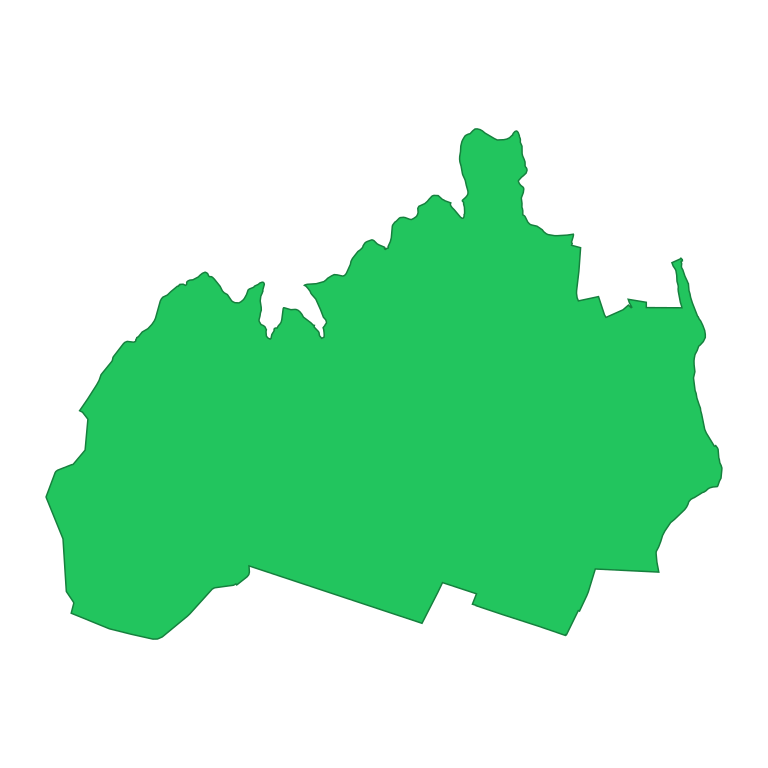 outline of Tuzla, Constanta, Romania
{"feature_id": "2599482B16901594770038", "entity_name": "Tuzla", "entity_type": "district", "adm_level": 2, "iso_a3": "ROU", "parent_name": "Romania", "parent_adm1": "Constanta", "projection": "natural_earth1", "projection_center": [28.608, 44.001], "detail": "fine", "context": "isolated", "style": "filled", "palette": "green", "viewbox_px": 768, "rotation_deg": 0, "n_neighbors": 0, "source": "geoboundaries", "source_scale": "gbopen_adm2", "svg_char_len": 6088}
<svg xmlns="http://www.w3.org/2000/svg" viewBox="0 0 768 768"><path d="M658.8,572.1L656.9,562.1L656.1,553.4L656.2,551.6L658.7,546.8L660.8,541.3L662.6,535.4L664.9,531.0L670.6,522.6L674.8,519.1L684.7,509.6L686.5,507.2L687.9,504.5L688.8,501.7L690.8,499.4L692.8,498.2L694.3,497.6L702.5,492.5L703.9,492.1L706.1,490.7L707.7,489.1L709.6,487.9L712.9,487.0L717.2,486.6L717.8,485.9L719.5,481.0L721.0,478.2L721.8,470.1L721.9,468.0L721.1,465.4L719.8,462.7L719.3,459.4L718.8,457.9L718.1,449.4L717.5,448.0L715.7,445.6L715.1,446.1L714.3,446.1L706.3,433.0L704.7,429.3L701.7,414.4L700.7,410.7L700.4,408.1L699.1,404.7L696.9,398.0L696.1,393.3L695.1,390.6L693.5,377.9L694.9,371.7L694.1,364.7L694.0,360.8L694.3,358.2L695.0,354.6L697.2,350.4L698.7,346.2L700.3,344.9L703.3,341.6L705.3,337.5L705.3,334.4L704.7,330.5L702.8,325.4L700.7,321.0L699.1,318.9L698.2,316.8L697.6,316.3L692.4,303.0L690.6,297.3L690.0,294.0L689.0,290.6L688.4,283.6L687.6,282.3L687.5,281.7L684.9,276.1L682.8,269.8L681.7,267.9L681.4,266.4L681.7,263.7L681.1,261.7L681.3,261.2L682.4,260.9L682.3,259.6L680.9,258.2L680.1,259.0L671.9,262.7L673.2,266.1L675.1,268.9L675.9,270.5L676.7,275.2L677.0,281.3L678.1,285.3L678.3,287.0L678.1,289.0L678.3,291.4L680.4,302.4L681.6,306.2L681.9,307.8L646.3,307.6L646.3,302.3L628.2,299.3L629.5,303.0L631.8,307.2L631.1,307.7L628.4,305.1L623.0,309.8L606.0,317.4L604.5,314.9L598.5,296.6L578.4,300.9L577.1,297.7L576.5,293.2L576.6,290.6L578.9,271.1L580.6,247.7L571.6,245.3L572.2,243.4L571.5,242.2L573.0,237.2L573.5,234.8L573.3,234.2L567.2,235.1L557.1,235.7L554.8,235.7L548.1,234.6L546.3,233.8L543.7,231.7L542.3,229.8L537.0,226.2L531.4,224.9L529.8,224.2L527.8,222.1L525.2,216.8L524.5,215.9L522.8,214.8L522.8,210.8L522.4,208.5L521.9,207.3L522.0,203.5L521.3,198.0L523.3,192.6L523.8,189.0L523.5,187.8L522.9,187.0L520.9,185.5L519.5,183.8L518.7,182.2L518.4,181.4L518.4,180.7L521.4,177.3L523.5,175.6L526.1,173.1L527.0,170.4L526.9,169.1L526.4,167.9L525.5,166.9L525.0,165.4L525.1,164.4L525.0,161.9L524.2,159.5L522.6,155.8L522.1,153.5L522.0,146.2L520.3,142.3L520.4,139.7L520.1,138.2L519.5,137.0L519.3,135.5L518.2,132.6L517.3,131.4L516.3,131.0L515.0,131.5L514.4,132.1L513.4,133.2L512.5,134.8L512.6,135.2L511.6,135.8L509.5,137.8L506.7,139.1L503.8,139.7L497.3,140.0L494.4,138.6L487.8,134.7L485.2,133.2L482.4,130.9L480.1,129.6L477.2,128.9L475.0,129.0L472.7,130.9L470.1,133.7L468.3,134.1L466.2,135.1L465.0,136.0L464.1,137.4L462.8,139.6L461.9,141.6L460.8,146.1L460.5,151.7L459.7,156.5L459.6,159.2L459.9,161.9L461.1,166.2L462.4,173.5L462.7,174.7L465.0,179.7L465.4,181.1L466.3,185.3L467.9,191.0L468.0,192.4L467.9,193.9L467.3,195.3L465.7,197.3L462.5,200.2L462.3,200.9L463.6,202.4L463.6,204.2L464.4,207.0L464.6,211.0L464.6,213.6L464.1,214.5L464.1,216.1L463.7,217.5L463.2,218.1L462.1,218.3L460.5,217.2L454.3,209.8L452.0,207.5L450.6,205.4L450.4,204.2L450.8,202.9L445.0,200.8L443.8,200.0L442.4,199.4L438.2,195.6L433.9,195.4L432.4,195.9L431.4,196.6L430.9,197.4L429.6,198.6L427.4,201.3L424.8,203.6L418.9,206.3L417.8,208.3L418.1,212.5L417.6,214.3L416.8,215.9L416.0,216.8L413.7,218.4L411.6,219.5L410.0,219.4L405.2,217.6L403.5,217.3L400.2,217.6L399.1,218.3L396.3,221.2L394.8,222.2L392.6,225.2L392.3,226.4L391.3,237.8L390.3,241.7L388.1,246.5L388.3,247.8L388.0,248.1L385.7,248.7L386.0,249.0L385.7,249.4L385.1,249.4L384.5,248.7L384.5,248.2L384.8,247.7L384.5,247.2L378.8,244.8L377.1,243.8L374.0,240.7L372.7,240.0L371.6,239.9L367.2,241.5L365.7,242.3L364.8,243.1L363.1,245.8L362.8,247.0L362.3,247.8L360.3,249.8L357.9,251.5L352.5,258.4L351.0,261.3L350.4,264.4L347.0,271.9L346.2,273.6L344.5,275.5L342.8,276.1L337.4,274.9L334.2,274.6L331.5,275.9L327.6,278.3L326.2,279.8L323.9,281.6L316.3,283.7L307.2,284.3L305.0,284.9L304.4,285.3L306.1,286.3L308.1,288.6L310.1,291.3L310.8,293.1L311.7,294.4L315.8,299.1L320.5,309.6L323.4,317.2L325.7,319.8L326.1,320.8L326.4,322.0L326.4,323.3L325.4,324.3L324.8,325.6L323.1,327.7L323.7,329.6L324.1,332.9L324.2,335.5L324.0,337.2L321.7,338.3L319.5,335.7L319.0,332.6L318.4,331.5L314.2,327.1L314.1,326.3L314.4,325.4L313.3,325.2L310.9,322.8L303.4,317.1L301.9,314.3L300.0,311.9L298.4,310.5L296.5,309.6L295.2,309.4L290.9,309.7L284.4,307.8L283.6,307.8L283.2,308.6L281.8,319.6L281.1,322.3L279.6,324.5L278.6,325.4L277.0,328.1L275.7,328.0L274.4,328.5L274.0,330.0L274.3,330.5L271.8,334.5L271.0,338.4L270.2,339.1L268.2,338.2L267.6,337.6L266.4,336.2L266.0,331.8L266.4,329.6L265.7,328.5L265.2,327.1L263.6,325.7L261.0,324.5L259.2,321.4L259.0,319.9L260.0,316.0L260.4,313.1L261.3,310.2L261.2,307.4L260.2,300.9L260.8,296.2L262.4,292.6L262.6,291.6L263.0,291.0L262.7,290.3L264.3,284.5L264.1,283.4L263.6,282.6L262.9,282.2L262.1,282.2L259.7,283.1L258.4,284.3L254.6,286.1L253.6,287.3L249.3,289.0L248.1,290.0L246.5,294.6L244.4,298.4L243.1,300.0L240.8,301.9L238.9,302.9L234.9,302.7L233.0,301.8L231.7,300.9L227.4,294.6L224.2,292.8L222.4,290.9L220.1,286.3L214.4,279.2L212.5,277.3L211.4,276.7L209.4,276.6L208.6,275.8L207.6,273.5L206.2,272.6L205.1,272.2L202.4,273.3L199.8,275.4L198.4,276.9L192.9,279.8L189.9,280.1L188.2,280.8L187.1,281.6L186.7,282.4L186.7,283.9L186.5,284.6L185.4,285.4L183.2,284.2L179.9,284.4L179.7,285.0L179.2,285.0L178.3,286.3L177.4,286.2L171.0,291.5L167.4,295.0L162.8,297.2L161.4,298.9L160.3,301.0L155.5,318.2L154.4,320.7L151.9,324.4L147.9,328.7L142.2,332.0L138.4,336.7L136.8,337.6L136.8,338.0L135.8,339.8L135.7,341.0L135.1,341.6L133.7,342.2L127.2,341.4L124.8,342.4L123.5,343.6L113.6,356.4L113.0,357.4L112.3,360.6L111.5,361.8L101.1,374.6L99.1,380.4L96.8,384.6L87.7,398.9L79.6,410.7L82.5,412.2L87.9,419.2L85.1,450.1L73.1,464.4L71.6,464.7L57.6,470.2L55.9,471.5L55.2,472.5L46.1,496.8L46.2,497.5L63.0,538.8L66.3,591.0L66.4,591.6L73.4,602.0L73.8,603.1L71.2,613.2L109.4,628.8L131.0,634.2L152.9,639.1L157.5,639.0L162.3,636.9L187.6,616.0L189.9,613.8L212.2,589.1L214.6,587.8L233.6,585.2L235.9,583.9L236.6,584.9L237.2,584.6L247.2,576.7L248.8,574.6L249.4,572.1L249.0,565.9L422.0,623.3L437.8,592.4L442.5,582.6L476.5,593.8L472.4,604.2L476.0,605.3L476.1,605.7L502.9,614.7L538.8,626.3L565.3,635.4L565.6,634.6L566.4,634.9L578.3,610.6L579.5,611.1L586.8,595.6L588.3,591.9L595.3,569.0L658.8,572.1Z" fill="#22c55e" stroke="#15803d" stroke-width="1.5"/></svg>